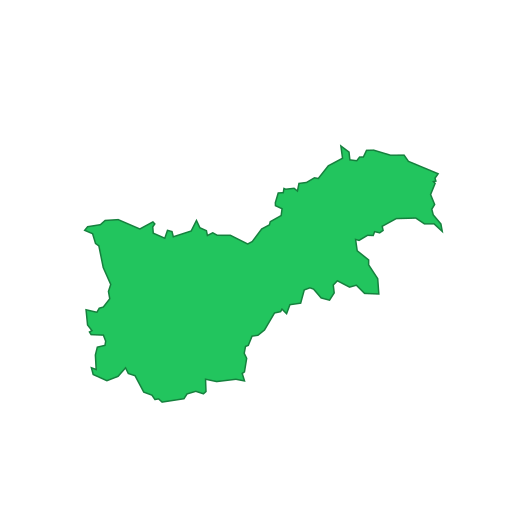 Kratovo, Rankovce, North Macedonia, rotated 332°
{"feature_id": "65306769B16547433729319", "entity_name": "Kratovo", "entity_type": "district", "adm_level": 2, "iso_a3": "MKD", "parent_name": "North Macedonia", "parent_adm1": "Rankovce", "projection": "mercator", "projection_center": [22.15, 42.098], "detail": "fine", "context": "isolated", "style": "filled", "palette": "green", "viewbox_px": 512, "rotation_deg": 332, "n_neighbors": 0, "source": "geoboundaries", "source_scale": "gbopen_adm2", "svg_char_len": 1959}
<svg xmlns="http://www.w3.org/2000/svg" viewBox="0 0 512 512"><g transform="rotate(332 256 256)"><path d="M148.2,352.2L153.6,341.1L162.3,348.4L180.4,355.4L187.2,360.9L188.7,353.2L191.4,352.9L199.7,342.0L199.9,336.4L204.3,330.9L207.2,331.3L214.9,324.9L220.5,326.9L228.8,325.3L245.6,315.0L251.6,316.7L254.0,315.1L255.9,321.3L263.1,314.9L273.3,318.6L282.7,308.6L288.7,309.4L291.3,312.3L293.8,323.6L300.2,329.5L307.7,325.3L310.6,317.9L316.2,316.1L324.0,327.4L330.9,328.9L334.3,340.0L346.6,347.2L352.8,333.2L351.3,316.7L353.6,312.4L347.8,298.9L351.7,288.1L354.3,290.6L364.2,290.1L369.1,292.9L372.2,290.2L376.1,293.6L380.2,293.1L381.4,289.0L397.4,288.8L414.9,297.5L419.8,306.7L428.3,311.2L432.0,321.7L434.3,314.5L431.8,302.9L433.2,297.2L437.9,294.4L439.0,283.7L448.2,276.0L447.6,273.6L450.0,274.3L450.6,271.3L455.4,268.9L435.0,244.0L434.1,236.5L422.0,230.1L409.6,217.8L403.2,214.6L397.3,219.0L393.9,217.3L389.7,219.2L384.0,215.2L386.9,207.9L382.6,198.7L378.3,210.3L362.2,210.3L347.4,216.8L344.3,214.4L335.2,214.8L328.0,212.1L323.1,218.1L321.4,214.1L313.6,211.0L312.4,209.5L309.8,212.9L305.2,210.8L298.1,218.0L296.8,220.7L301.2,226.5L297.2,232.1L284.7,232.4L282.5,234.8L273.7,234.8L259.5,241.5L254.3,241.5L243.1,225.7L231.5,219.5L228.7,215.2L222.7,215.1L224.1,210.4L219.7,204.7L220.1,196.7L210.5,203.5L192.0,200.2L193.3,195.0L189.9,191.8L183.8,197.5L176.0,187.6L178.5,181.8L181.7,180.2L181.0,177.5L166.1,177.6L151.4,159.2L139.5,153.8L133.3,155.3L121.1,151.1L116.8,152.9L122.2,159.6L120.2,169.6L122.0,173.3L115.7,194.5L114.4,212.9L109.1,218.0L106.8,225.1L97.2,229.4L93.1,228.5L89.1,231.0L80.7,223.7L74.9,237.8L76.1,244.9L73.3,244.9L73.5,248.0L84.1,254.2L83.3,260.6L80.7,264.0L73.1,262.0L67.7,268.0L61.6,281.2L58.2,277.4L56.6,284.2L65.8,296.1L77.8,297.5L88.3,293.5L88.1,299.8L93.0,304.9L93.0,323.5L98.8,330.0L99.4,335.3L102.9,336.4L104.5,340.9L125.4,348.2L130.4,345.4L139.3,347.2L144.9,353.0L148.2,352.2Z" fill="#22c55e" stroke="#15803d" stroke-width="1.5"/></g></svg>